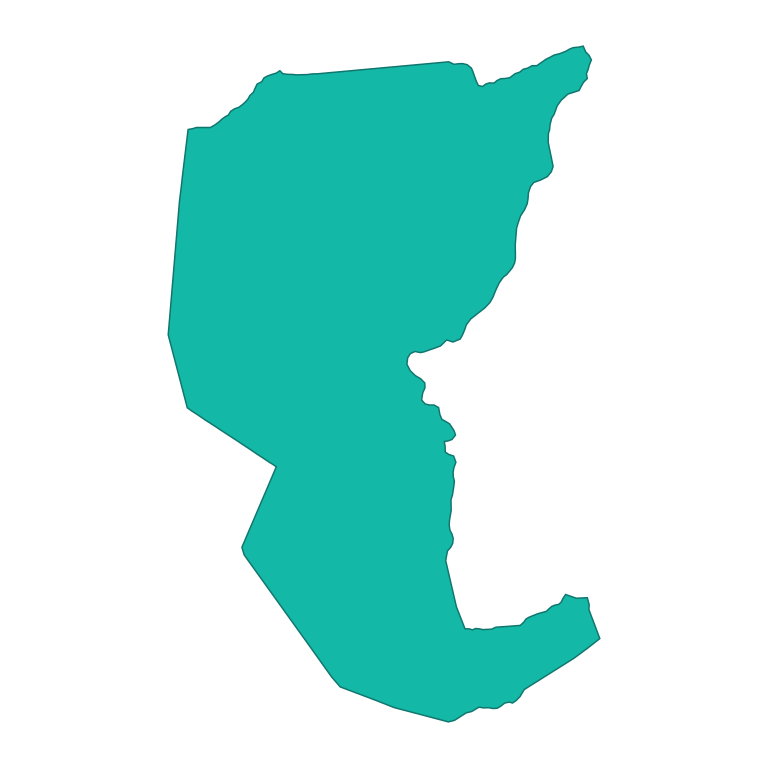 Tabocas do Brejo Velho, Bahia, Brazil (Robinson projection)
{"feature_id": "56859067B87855923049420", "entity_name": "Tabocas do Brejo Velho", "entity_type": "district", "adm_level": 2, "iso_a3": "BRA", "parent_name": "Brazil", "parent_adm1": "Bahia", "projection": "robinson", "projection_center": [-44.092, -12.505], "detail": "fine", "context": "isolated", "style": "filled", "palette": "teal", "viewbox_px": 768, "rotation_deg": 0, "n_neighbors": 0, "source": "geoboundaries", "source_scale": "gbopen_adm2", "svg_char_len": 3342}
<svg xmlns="http://www.w3.org/2000/svg" viewBox="0 0 768 768"><path d="M340.2,686.9L376.7,700.7L393.9,707.5L448.4,721.9L454.6,720.3L466.1,712.9L471.7,711.5L475.4,709.3L479.1,707.1L483.2,707.9L488.5,707.7L492.9,708.5L497.1,708.3L500.6,706.3L504.7,703.1L509.1,702.1L512.6,703.0L516.2,700.5L520.1,696.5L521.9,693.4L524.3,689.5L528.4,686.9L574.3,658.0L588.7,647.3L599.8,638.6L593.3,621.2L591.2,615.8L588.9,609.4L589.2,604.8L587.3,597.7L581.5,598.0L576.3,598.2L570.5,596.2L565.6,594.5L562.8,598.7L561.3,602.0L558.7,604.4L555.0,605.1L551.8,606.4L549.2,608.6L546.3,611.4L541.0,612.8L537.0,614.0L533.1,615.6L529.1,617.2L526.0,619.0L523.9,622.0L520.3,625.4L504.7,626.6L495.9,627.2L491.5,629.2L487.1,629.4L482.8,629.6L479.1,628.8L475.7,628.5L472.4,629.9L469.0,628.8L465.0,628.8L456.4,606.8L445.7,560.6L446.6,555.5L447.5,550.9L450.7,547.3L452.7,543.4L453.2,538.5L452.0,534.1L449.9,530.1L449.2,525.0L449.5,520.4L450.3,515.5L451.2,510.5L451.1,506.5L451.0,499.7L452.5,494.9L453.6,487.7L454.4,481.3L453.3,476.8L453.1,472.5L453.9,467.7L455.9,462.2L453.6,456.0L448.7,454.4L445.3,452.1L445.1,446.2L444.3,441.5L447.8,441.0L452.0,439.5L455.5,435.0L454.1,430.8L452.1,427.6L449.5,423.8L445.1,421.1L441.9,419.4L439.9,414.6L438.6,407.6L434.1,405.0L429.5,405.0L425.2,404.0L421.6,400.0L422.7,393.0L425.0,387.7L424.8,383.0L420.7,378.8L415.3,375.6L410.3,370.8L406.9,364.2L407.7,357.7L410.4,353.6L415.0,351.5L420.4,352.6L423.9,351.9L431.0,349.4L434.5,348.2L440.6,345.9L446.7,339.9L452.9,342.0L460.1,339.1L462.2,335.6L464.6,329.9L466.4,324.7L470.8,318.9L477.4,313.7L484.8,307.9L489.9,302.5L492.8,297.5L495.9,289.9L499.3,282.7L503.3,277.1L506.6,274.7L512.3,267.8L514.6,263.0L515.4,258.6L515.4,252.6L515.2,245.5L516.1,234.1L516.6,228.1L517.9,223.6L520.5,216.0L524.5,209.8L527.2,203.8L528.0,199.0L528.4,193.0L530.5,186.6L533.8,182.4L540.2,180.2L547.4,176.6L551.3,171.8L553.1,166.5L551.3,157.4L549.1,146.9L548.2,142.1L548.4,133.4L549.6,129.8L550.0,124.9L551.7,118.2L554.2,114.1L557.2,105.8L561.3,100.1L567.9,94.1L575.4,91.7L579.1,90.5L581.0,86.7L583.5,82.3L587.3,78.5L586.4,73.8L588.1,69.6L589.2,65.3L591.4,59.9L589.0,55.3L585.7,51.9L583.2,46.1L579.0,47.1L573.4,47.6L569.7,49.0L565.8,51.3L560.2,53.5L554.0,55.1L550.0,57.3L545.9,59.3L543.0,61.4L539.6,63.7L536.8,65.7L532.0,65.7L527.5,68.2L523.3,69.2L519.8,72.1L515.1,73.7L509.8,77.7L505.0,78.5L500.8,78.7L497.1,80.5L494.0,83.1L489.3,82.9L485.7,84.1L482.6,86.5L478.4,85.5L476.5,81.7L474.5,76.3L473.1,72.1L471.4,68.1L467.2,64.7L462.7,63.6L458.9,63.7L454.0,64.3L448.7,61.8L317.5,73.8L312.5,73.9L306.9,74.6L301.9,74.7L296.7,74.9L293.2,74.5L287.5,74.3L282.8,73.7L279.9,70.7L276.3,73.1L271.7,74.5L267.5,76.0L264.0,77.9L261.8,81.7L257.1,84.1L254.9,88.7L253.4,92.3L249.9,95.5L247.8,99.3L245.2,102.1L242.3,104.7L238.9,107.3L234.8,108.7L230.7,111.3L228.3,115.1L225.0,116.9L222.0,119.1L219.2,121.7L214.6,125.1L210.4,127.5L205.5,127.5L200.5,127.5L196.4,127.5L192.5,128.7L188.1,129.5L182.5,175.6L181.3,186.6L179.5,201.0L168.8,327.9L168.2,334.8L187.3,407.8L192.3,411.4L195.5,413.4L200.6,416.8L205.5,420.2L209.0,422.4L211.8,424.2L215.5,426.6L220.9,430.2L226.1,433.6L230.4,436.4L233.2,438.2L237.3,440.9L241.9,444.0L248.0,448.0L252.3,450.9L256.4,453.7L262.4,457.6L266.1,460.1L268.9,462.0L273.0,464.5L276.3,466.8L241.9,547.3L244.2,554.9L246.8,558.6L305.8,640.8L331.8,677.2L340.2,686.9Z" fill="#14b8a6" stroke="#0f766e" stroke-width="1.5"/></svg>